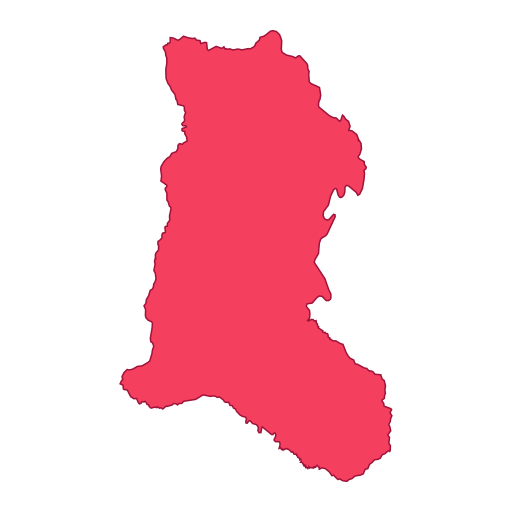 outline of Chom Thong, Chiang Mai, Thailand
{"feature_id": "78962969B36039472825414", "entity_name": "Chom Thong", "entity_type": "district", "adm_level": 2, "iso_a3": "THA", "parent_name": "Thailand", "parent_adm1": "Chiang Mai", "projection": "equal_earth", "projection_center": [98.623, 18.375], "detail": "fine", "context": "isolated", "style": "filled", "palette": "rose", "viewbox_px": 512, "rotation_deg": 0, "n_neighbors": 0, "source": "geoboundaries", "source_scale": "gbopen_adm2", "svg_char_len": 6057}
<svg xmlns="http://www.w3.org/2000/svg" viewBox="0 0 512 512"><path d="M318.5,253.5L319.3,243.3L320.6,239.5L321.4,238.3L325.6,235.8L327.1,234.1L335.2,216.7L335.0,214.7L333.5,214.4L329.1,219.4L326.8,220.1L324.4,218.6L323.1,215.6L323.6,211.5L328.4,205.1L330.6,196.1L333.6,189.8L335.2,188.5L336.6,189.0L338.0,194.6L339.5,197.1L340.4,197.5L341.8,197.2L343.8,195.2L344.8,192.1L345.0,187.2L346.3,185.4L348.5,185.9L356.2,192.3L357.9,195.3L359.7,194.2L362.4,188.6L364.0,179.5L364.5,173.5L364.0,170.3L365.9,168.8L366.2,167.0L364.4,164.6L364.2,161.6L359.4,158.9L358.3,157.2L358.2,156.4L359.7,154.6L361.5,148.7L361.0,143.3L359.1,140.2L358.5,140.6L358.3,138.6L356.6,134.4L351.9,130.8L348.7,130.3L350.1,126.4L348.5,121.3L345.8,119.3L343.7,116.1L342.5,115.1L340.7,120.5L339.5,121.2L336.2,118.0L332.9,117.5L329.5,115.8L319.0,107.1L318.3,105.1L318.7,104.2L318.4,103.1L319.0,102.0L319.1,100.5L319.9,99.7L320.7,95.2L319.5,87.5L310.9,83.5L309.3,81.8L308.7,74.6L309.1,71.2L307.8,69.0L307.7,65.4L306.8,63.5L299.8,55.8L298.8,55.7L295.5,57.9L292.6,56.5L286.3,55.0L282.2,52.4L281.3,49.4L281.7,41.0L281.1,38.7L279.6,34.7L276.3,31.5L273.1,30.7L270.5,31.1L265.5,35.2L263.4,36.4L260.0,37.3L259.3,40.1L255.9,43.1L254.5,46.4L250.2,48.9L248.2,48.6L242.0,49.9L238.0,49.0L233.0,50.0L229.6,48.8L227.3,49.3L226.2,48.7L225.2,49.1L223.9,46.8L222.3,48.1L221.3,48.2L216.1,46.4L208.5,50.5L207.3,49.2L206.6,42.7L205.1,42.3L200.7,43.5L200.0,40.6L196.5,40.1L194.9,38.1L192.7,38.5L188.3,37.8L183.4,36.2L180.2,39.1L178.0,40.3L173.2,38.0L170.2,37.6L170.2,41.9L169.6,43.0L167.7,43.3L167.5,44.5L165.5,45.1L163.2,46.9L163.5,48.5L165.4,51.9L165.8,55.4L166.8,58.1L166.8,63.4L165.8,69.7L166.1,78.5L167.8,83.1L170.3,86.7L171.5,90.0L175.0,94.5L175.9,99.2L177.0,100.5L177.8,104.5L183.4,105.8L184.3,106.8L184.4,110.4L185.6,112.3L184.1,116.9L184.7,120.2L183.8,121.9L182.1,123.3L181.9,124.6L183.0,125.8L185.8,125.7L186.4,127.0L182.1,128.6L181.9,130.3L182.7,131.1L184.8,131.5L184.8,133.9L186.5,136.7L187.2,140.9L183.3,143.1L182.2,144.4L179.9,143.6L178.5,144.4L177.9,145.7L177.9,148.4L176.4,151.6L171.8,153.3L169.7,156.8L167.3,158.1L163.8,161.8L161.1,166.6L160.7,169.1L161.6,176.1L160.9,181.0L166.9,185.3L166.7,186.7L165.3,188.2L165.2,189.6L166.9,193.3L166.9,200.1L168.1,201.7L169.4,206.1L170.8,207.3L171.0,208.7L169.5,215.8L169.7,220.3L167.4,223.3L167.3,226.2L165.6,226.4L164.9,227.2L165.4,232.1L164.8,232.8L163.1,232.8L161.9,234.6L162.0,237.9L159.3,240.7L158.0,241.3L157.9,244.4L158.6,245.6L158.5,250.0L156.2,252.6L155.4,254.6L155.4,257.8L155.8,258.7L155.1,258.9L154.5,261.2L155.1,264.1L153.9,270.5L155.3,273.2L156.0,278.8L155.0,282.0L153.8,283.8L153.2,287.6L152.0,289.4L150.2,290.3L148.7,295.6L146.4,299.5L145.8,303.5L144.0,305.8L145.6,309.6L145.4,315.7L145.9,317.7L148.0,320.1L151.8,321.9L152.4,323.2L152.1,328.0L150.3,338.5L150.9,341.8L152.5,342.8L153.5,345.4L153.6,346.7L152.3,350.6L152.0,353.5L149.7,361.0L148.0,362.4L142.0,365.9L137.4,366.4L132.6,369.2L129.3,370.0L127.1,369.5L124.0,372.6L122.3,376.0L122.0,376.9L122.8,379.4L121.7,380.4L120.1,383.8L123.1,385.3L123.3,388.7L123.9,389.5L126.8,389.9L127.6,390.6L130.6,396.6L133.8,398.7L136.7,398.6L138.2,402.4L139.4,403.9L141.1,403.2L142.0,401.7L144.2,401.9L144.9,401.3L145.9,402.0L147.1,404.5L148.5,404.7L149.2,406.6L151.1,408.1L155.0,407.1L156.9,407.7L157.7,406.8L159.5,408.2L160.9,407.8L162.8,409.0L166.2,406.1L167.2,406.4L172.0,405.0L173.9,403.5L176.0,403.8L177.5,404.9L179.2,403.5L181.7,403.4L183.7,401.3L195.6,399.4L203.0,394.9L210.6,396.4L213.5,395.9L215.4,396.3L217.3,397.4L219.4,396.9L223.3,399.9L224.5,401.8L225.8,402.3L228.7,402.3L230.0,405.4L232.3,405.7L233.5,408.1L235.6,409.1L236.5,411.2L239.9,414.9L242.5,416.4L245.8,417.2L246.4,419.0L245.8,421.7L246.0,423.0L247.2,423.2L248.6,421.2L250.0,420.6L252.6,423.5L256.7,424.7L258.4,427.6L257.9,430.7L259.0,432.7L260.9,432.6L261.8,427.8L262.4,426.9L271.5,434.5L272.9,434.6L274.1,433.0L275.0,433.0L275.7,434.3L275.7,436.1L274.2,439.3L274.2,440.5L275.7,441.7L279.1,441.7L279.9,442.7L280.0,445.1L279.1,448.4L280.7,447.8L281.4,449.4L281.9,449.1L282.9,450.1L283.3,449.2L284.1,449.7L286.0,448.5L287.0,449.1L287.5,448.7L290.4,450.8L290.9,451.8L292.0,452.2L292.4,451.7L293.3,452.3L293.8,454.0L295.4,454.4L296.0,453.9L296.7,454.4L296.8,455.6L297.5,455.8L297.7,457.3L299.6,458.3L299.7,459.6L300.4,459.0L301.0,459.9L301.2,461.4L300.6,462.3L302.1,462.5L303.2,463.8L303.2,464.5L303.8,464.6L303.8,465.6L305.0,465.3L304.9,466.2L305.7,466.3L305.4,466.9L305.8,467.5L306.1,466.9L307.8,468.5L308.1,467.7L309.0,468.0L309.1,467.1L309.6,468.0L310.2,467.5L313.5,468.1L313.9,467.8L313.6,467.1L314.8,466.6L315.1,467.3L315.7,467.2L315.8,466.5L317.2,465.3L318.4,467.0L319.1,467.1L319.3,469.2L322.1,467.8L325.5,468.7L329.5,472.1L331.9,475.7L333.5,475.2L337.3,479.0L338.3,479.5L339.9,478.9L342.4,480.6L346.5,481.3L347.3,481.1L349.0,479.5L351.8,478.7L355.0,476.0L360.4,475.1L363.2,473.9L365.2,469.3L367.8,468.6L369.5,464.4L372.5,462.1L374.4,459.8L378.2,459.3L380.3,458.2L382.2,454.7L384.8,453.8L387.3,451.6L389.3,450.6L389.8,451.3L390.3,450.2L390.4,445.4L389.3,444.2L388.9,443.1L389.5,437.3L387.8,434.9L390.7,430.9L390.0,427.3L388.8,424.4L390.4,421.1L390.6,418.7L391.9,415.7L390.0,412.7L391.6,409.6L390.8,408.6L384.1,406.2L383.7,403.4L382.0,400.9L382.2,399.9L384.3,398.4L384.7,394.9L385.4,393.6L384.9,389.9L385.5,385.9L384.2,380.5L382.1,378.9L380.8,374.8L374.9,374.2L373.1,371.9L371.3,371.0L368.9,370.8L366.7,368.4L364.3,368.0L357.3,364.2L355.2,363.9L353.6,359.9L350.0,358.2L348.2,356.0L346.1,352.5L343.0,344.4L340.0,343.4L335.9,340.9L333.0,340.9L330.4,339.0L329.8,339.2L329.7,337.7L328.2,337.1L328.0,334.5L327.5,333.8L325.8,333.2L325.0,332.3L323.7,332.6L322.7,331.9L322.9,330.9L318.2,327.8L318.7,326.8L317.4,325.5L317.4,323.9L316.2,322.6L316.1,320.6L314.2,321.0L313.1,319.6L311.5,319.4L310.2,320.2L309.6,319.8L308.6,321.0L307.6,320.5L309.6,318.0L309.9,313.9L309.5,310.4L306.6,306.9L306.4,305.4L307.2,303.8L312.1,303.1L317.0,297.5L319.4,296.0L322.1,296.4L326.2,300.6L328.6,300.6L330.3,299.3L330.8,298.3L330.9,294.1L328.8,289.9L324.9,278.7L314.3,262.5L314.8,259.9L318.5,253.5Z" fill="#f43f5e" stroke="#9f1239" stroke-width="1.5"/></svg>